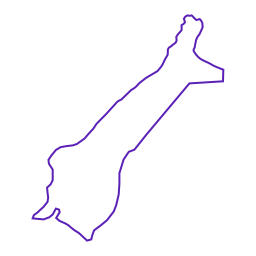 Kuala Penyu, Sabah, Malaysia
{"feature_id": "92858781B3182463940033", "entity_name": "Kuala Penyu", "entity_type": "district", "adm_level": 2, "iso_a3": "MYS", "parent_name": "Malaysia", "parent_adm1": "Sabah", "projection": "albers", "projection_center": [115.505, 5.445], "detail": "fine", "context": "isolated", "style": "outline", "palette": "violet", "viewbox_px": 256, "rotation_deg": 0, "n_neighbors": 0, "source": "geoboundaries", "source_scale": "gbopen_adm2", "svg_char_len": 1473}
<svg xmlns="http://www.w3.org/2000/svg" viewBox="0 0 256 256"><path d="M223.3,69.7L216.2,66.9L213.4,65.6L209.9,63.6L207.1,62.2L204.2,60.9L200.6,59.0L198.3,57.1L196.1,54.7L194.8,52.8L193.7,51.1L193.6,49.5L194.7,47.4L195.1,44.6L195.6,42.5L196.0,40.2L197.4,37.0L199.6,34.0L201.7,29.4L202.7,27.1L202.3,22.8L201.0,20.5L199.7,19.1L196.4,20.0L195.3,19.1L193.1,16.9L192.3,15.9L191.3,15.4L189.7,15.8L187.4,15.4L185.1,16.8L183.9,18.8L184.5,20.5L184.9,22.5L183.5,24.0L181.6,25.1L181.6,28.3L181.6,30.1L179.9,32.2L177.9,34.3L176.3,36.9L176.6,40.5L175.7,42.6L173.2,44.5L170.9,46.4L168.9,47.7L167.9,49.4L167.7,54.7L164.8,59.7L163.8,61.9L162.5,64.6L160.8,67.2L159.1,69.2L157.5,71.1L146.3,77.7L139.1,83.3L137.7,84.9L136.0,86.7L134.0,88.3L131.2,90.0L121.5,99.4L119.3,100.5L117.2,101.8L115.2,104.1L105.5,114.7L96.6,123.7L93.4,128.6L88.5,133.9L84.7,138.4L76.9,144.0L72.7,145.4L66.4,146.1L60.5,147.2L55.9,150.0L51.3,155.6L48.5,159.8L48.9,163.7L52.7,169.6L52.7,174.5L52.7,180.2L50.6,184.4L47.1,187.5L47.5,192.4L48.2,197.7L47.5,201.9L43.6,206.8L40.1,210.0L37.6,212.4L33.8,215.2L32.7,218.4L43.6,219.4L49.2,217.3L52.7,214.5L55.9,208.6L59.0,209.6L59.7,212.1L56.2,218.0L59.4,220.8L65.0,223.3L68.2,225.1L70.6,227.2L74.5,230.3L79.0,233.1L87.1,240.6L91.3,239.4L92.4,234.9L94.1,230.3L101.1,225.1L107.1,220.1L113.8,211.4L116.2,205.1L118.7,194.5L119.4,183.7L119.4,173.2L123.6,159.5L128.8,151.8L134.4,149.7L146.5,134.5L189.4,83.4L223.0,81.3L223.3,69.7Z" fill="none" stroke="#5b21b6" stroke-width="2"/></svg>